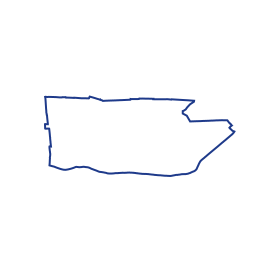 the district of Voorschoten, Zuid-Holland, Netherlands, rotated 54°
{"feature_id": "6326949B4576326162856", "entity_name": "Voorschoten", "entity_type": "district", "adm_level": 2, "iso_a3": "NLD", "parent_name": "Netherlands", "parent_adm1": "Zuid-Holland", "projection": "albers", "projection_center": [4.439, 52.126], "detail": "fine", "context": "isolated", "style": "outline", "palette": "blue", "viewbox_px": 256, "rotation_deg": 54, "n_neighbors": 0, "source": "geoboundaries", "source_scale": "gbopen_adm2", "svg_char_len": 5481}
<svg xmlns="http://www.w3.org/2000/svg" viewBox="0 0 256 256"><g transform="rotate(54 128 128)"><path d="M144.8,58.5L142.1,61.7L141.0,63.0L140.1,64.1L133.7,71.9L130.4,75.9L130.5,76.2L128.2,78.8L127.8,79.3L125.7,82.3L124.9,83.4L123.9,84.8L122.6,86.6L121.5,88.0L120.7,89.2L119.6,90.6L119.3,90.3L115.4,95.4L115.1,95.9L112.9,98.7L111.1,101.3L110.9,101.4L110.8,101.6L111.0,101.9L111.0,102.1L108.1,106.2L106.5,108.4L106.1,108.8L106.4,109.0L106.5,109.1L106.5,109.3L106.5,109.5L104.7,112.2L103.8,113.6L102.6,115.4L101.9,116.5L101.4,117.2L98.1,122.2L94.7,127.2L92.7,130.2L91.3,132.4L90.4,132.7L90.2,132.8L89.9,133.1L89.6,133.4L89.2,133.5L89.3,133.6L88.5,134.2L87.9,134.5L86.0,136.0L85.0,136.7L82.5,138.6L80.1,140.5L80.2,140.8L80.5,141.2L80.6,141.4L81.0,142.0L81.0,142.3L78.6,145.4L76.4,148.4L73.4,151.9L71.8,153.8L71.9,154.0L71.5,154.5L71.0,155.1L70.1,156.2L67.9,159.0L67.0,160.3L66.8,160.3L66.7,160.3L66.4,160.3L66.0,160.9L65.5,161.7L65.1,162.2L64.9,162.5L64.7,162.7L64.6,162.8L64.5,163.0L64.4,163.2L64.4,163.5L64.2,163.8L63.7,164.4L63.0,165.4L62.3,166.2L60.5,168.3L60.1,168.9L59.5,169.6L58.6,170.8L57.4,172.3L56.8,173.1L56.2,173.9L55.8,174.6L55.6,174.9L55.1,175.5L54.8,175.9L54.5,176.1L54.2,176.5L54.1,176.8L54.3,176.9L54.5,176.9L54.7,177.0L54.8,177.0L55.8,177.6L57.1,178.4L61.2,181.0L64.2,182.9L65.9,183.9L67.7,185.1L68.0,185.2L68.3,185.3L68.6,185.4L68.9,185.6L69.0,185.7L69.4,185.9L69.7,186.1L69.8,186.1L70.0,186.0L72.3,187.4L77.7,190.5L77.8,190.6L77.6,190.8L77.5,191.1L77.4,191.2L77.0,191.7L76.4,192.4L76.2,192.6L76.1,192.9L79.7,195.3L79.9,195.3L80.7,194.2L81.1,193.6L82.1,192.2L82.3,192.2L84.4,193.4L85.8,194.2L87.5,195.2L88.8,196.0L89.3,196.3L90.0,196.6L90.3,196.9L91.5,197.6L91.8,197.8L92.3,198.1L93.1,198.5L94.0,199.1L94.9,199.6L96.3,200.4L97.0,200.8L97.7,201.2L97.4,201.5L96.8,202.3L97.0,202.6L98.1,203.3L98.8,203.7L99.5,204.1L100.4,204.6L101.2,205.0L102.2,205.6L103.2,206.1L103.6,206.4L104.7,207.3L105.5,208.1L106.1,208.7L106.6,208.9L106.9,209.2L107.5,209.7L108.5,210.5L109.9,211.6L111.4,212.9L112.1,213.5L112.4,213.3L113.0,212.8L113.9,212.1L115.8,210.5L116.1,210.3L117.7,209.3L118.6,208.7L119.3,208.2L121.3,206.8L122.3,206.0L122.8,205.6L123.9,204.6L124.4,204.0L125.0,203.3L125.4,202.6L126.3,200.8L126.7,199.8L127.2,198.6L127.7,197.2L128.3,195.3L128.8,193.2L129.1,192.6L129.6,192.1L130.2,191.4L130.5,191.1L130.9,190.7L131.3,190.2L131.7,189.5L132.0,189.1L132.7,187.7L133.0,187.2L133.2,186.8L133.5,186.5L134.0,185.9L134.5,185.5L134.7,185.2L135.0,184.9L135.9,183.9L136.2,183.6L136.8,183.1L137.0,183.0L137.5,182.6L139.6,181.5L140.3,181.0L141.2,180.4L141.7,180.1L142.4,179.6L144.2,178.4L144.9,178.0L145.7,177.5L146.3,177.1L146.5,177.0L146.7,176.8L147.2,176.3L147.7,175.7L148.4,175.0L149.7,173.7L150.4,173.1L151.3,172.2L151.9,171.8L152.3,171.5L152.7,171.2L153.0,170.9L153.2,170.6L153.6,170.2L153.9,169.8L154.2,169.4L154.6,168.8L154.9,168.4L155.1,168.2L155.4,167.8L155.5,167.5L155.8,167.1L156.4,166.1L157.2,164.6L158.0,163.5L158.7,162.5L158.7,162.4L158.9,162.0L159.1,161.8L159.4,161.3L159.6,160.9L159.9,160.5L160.0,160.3L160.6,159.4L161.0,158.8L161.0,158.7L161.3,158.4L161.7,157.8L161.9,157.6L162.5,156.8L162.9,156.1L163.7,154.9L163.8,154.6L164.1,154.2L164.4,153.8L164.7,153.3L164.8,153.1L165.4,152.5L165.7,152.1L165.8,151.9L166.1,151.6L166.3,151.3L167.4,150.0L167.6,149.8L167.6,149.7L168.0,149.3L168.6,148.7L168.9,148.3L169.1,148.2L169.3,148.0L169.4,147.9L169.5,147.8L169.6,147.6L169.8,147.3L170.0,147.2L170.5,146.7L171.2,145.9L171.9,145.2L172.8,144.1L173.3,143.7L173.5,143.4L174.5,142.1L175.1,141.3L175.3,141.0L175.7,140.5L176.9,139.1L177.1,138.8L177.2,138.7L177.3,138.6L177.7,138.2L178.9,136.9L179.0,136.8L180.1,135.6L180.3,135.3L181.8,133.8L182.1,133.4L182.8,132.6L183.0,132.4L184.2,131.0L185.2,129.7L186.2,128.6L187.7,126.9L188.5,126.0L189.2,125.0L189.9,124.2L190.7,123.2L191.3,122.4L191.6,122.1L191.9,121.6L192.2,121.0L192.4,120.7L192.7,119.9L193.2,118.9L193.8,117.6L194.2,116.7L194.6,116.1L195.0,115.6L195.3,114.9L195.9,113.9L196.3,113.1L196.9,111.8L197.6,110.7L198.1,110.0L198.7,109.1L199.1,108.6L199.6,107.6L199.9,107.0L200.1,106.6L200.2,106.3L200.4,105.8L200.5,105.2L200.9,104.2L201.0,103.2L201.1,102.9L201.2,102.6L201.3,101.7L201.4,101.4L201.6,100.8L201.8,100.1L201.8,99.7L201.9,99.2L201.9,98.8L201.9,98.6L201.9,98.4L201.8,98.0L201.8,97.8L201.7,97.1L201.6,96.8L201.5,96.7L201.4,96.5L201.4,96.4L201.1,95.9L200.4,94.7L199.6,93.2L198.7,91.7L198.3,90.9L198.0,90.2L197.8,89.9L197.7,89.6L197.6,89.3L197.5,89.1L197.4,88.9L197.4,88.6L197.3,88.4L197.3,88.2L197.2,87.7L197.1,86.8L197.1,86.6L197.1,86.3L197.0,85.3L197.0,84.7L196.9,83.4L196.8,82.7L196.8,81.9L196.6,79.8L196.2,74.2L195.7,66.4L195.2,60.1L195.2,59.1L195.1,58.6L195.0,56.3L194.8,53.9L194.6,51.2L194.4,48.8L194.4,48.4L194.4,48.0L194.3,47.5L194.3,47.3L194.3,47.2L194.2,47.0L194.2,46.8L194.2,46.7L194.1,46.3L194.1,46.1L194.0,45.8L193.9,45.5L193.9,45.3L193.8,45.1L193.7,44.8L193.6,44.4L193.4,44.0L192.9,44.3L192.6,44.6L191.8,45.0L191.7,45.1L191.2,45.2L190.0,45.4L188.2,45.8L188.1,45.6L187.4,45.7L187.3,45.2L187.1,44.6L187.0,44.2L187.0,42.8L186.8,42.9L186.6,42.6L186.3,42.5L185.9,42.5L185.4,42.6L185.0,42.7L184.4,42.7L184.2,42.9L184.1,43.0L181.5,43.1L180.2,43.1L179.4,44.1L176.8,47.6L174.9,50.4L174.6,50.9L174.1,51.5L172.4,54.2L170.5,57.0L169.9,58.0L167.2,62.0L165.9,63.9L165.5,64.6L164.7,65.8L162.5,69.0L160.4,72.1L160.2,72.4L160.0,72.7L159.2,73.9L152.6,73.2L148.5,75.2L147.2,74.3L146.6,73.8L146.7,73.7L146.9,70.4L146.1,68.0L145.6,65.5L145.3,63.8L145.5,59.2L144.8,58.5Z" fill="none" stroke="#1e3a8a" stroke-width="2"/></g></svg>